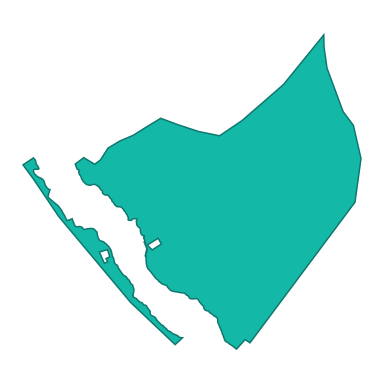 outline of Zemam Out, Al Bahr al Ahmar, Egypt
{"feature_id": "37247803B22410072002885", "entity_name": "Zemam Out", "entity_type": "district", "adm_level": 2, "iso_a3": "EGY", "parent_name": "Egypt", "parent_adm1": "Al Bahr al Ahmar", "projection": "orthographic", "projection_center": [31.757, 26.727], "detail": "fine", "context": "isolated", "style": "filled", "palette": "teal", "viewbox_px": 384, "rotation_deg": 0, "n_neighbors": 0, "source": "geoboundaries", "source_scale": "gbopen_adm2", "svg_char_len": 5907}
<svg xmlns="http://www.w3.org/2000/svg" viewBox="0 0 384 384"><path d="M147.1,266.9L147.9,268.6L151.2,272.4L154.6,276.9L156.1,278.7L158.0,280.1L159.2,281.7L159.3,281.6L161.7,283.7L162.5,284.0L163.8,284.6L166.2,285.3L166.8,285.7L167.5,287.0L167.7,287.3L169.1,288.9L169.3,289.0L170.7,290.5L174.0,291.5L177.3,292.0L180.1,292.6L182.2,292.9L184.1,293.0L185.1,293.6L185.4,293.9L185.7,294.1L186.5,295.0L186.8,295.3L188.3,296.0L189.3,297.7L190.0,298.5L192.1,299.0L192.9,298.9L193.2,298.8L193.6,298.8L194.1,298.7L195.7,298.7L196.4,298.6L197.0,298.7L198.2,299.5L199.1,301.3L200.2,302.8L202.4,305.3L203.3,306.0L203.6,306.4L203.6,306.6L203.8,307.3L203.8,307.6L204.0,308.4L204.5,309.5L205.5,310.3L207.4,310.9L208.4,311.0L208.8,311.1L209.1,311.4L209.3,311.9L209.3,312.3L209.5,312.4L210.0,312.8L210.5,313.2L212.8,314.6L213.9,315.9L215.0,316.4L215.4,316.5L215.9,316.9L217.3,318.2L217.6,319.3L217.9,322.8L219.0,324.8L219.6,326.7L220.3,328.3L220.5,328.6L220.9,329.8L221.2,330.4L221.8,331.7L222.4,334.1L223.1,335.0L223.2,336.1L223.4,336.4L224.5,339.5L224.7,340.3L225.9,341.6L226.7,342.1L227.9,342.6L229.7,344.2L232.2,345.7L234.5,347.5L235.3,348.2L236.5,349.1L245.1,339.6L250.0,342.8L355.0,202.2L361.0,158.5L353.4,125.4L343.1,111.6L327.0,68.1L324.0,46.7L323.8,34.9L283.4,84.6L242.0,120.6L219.5,135.8L198.2,131.4L177.6,124.6L160.7,118.3L145.1,127.8L133.2,135.3L119.8,141.0L108.0,148.1L100.4,160.0L94.7,164.2L84.1,157.9L83.8,157.6L75.2,164.1L75.7,165.4L75.8,165.5L76.5,167.6L77.3,169.3L77.5,169.5L78.0,169.3L78.6,169.7L78.9,170.3L79.0,170.9L78.8,171.2L78.7,171.9L79.1,173.6L79.3,174.2L80.3,175.6L80.7,176.1L80.9,176.7L81.1,177.0L81.2,177.5L81.3,177.6L81.8,179.3L82.5,179.9L83.0,181.2L85.7,183.9L87.1,184.6L88.8,185.2L90.7,185.2L91.6,184.9L92.1,184.6L93.1,184.4L94.0,184.4L96.0,184.8L97.3,185.7L98.0,186.4L98.8,186.5L99.4,186.9L99.3,187.6L101.0,189.8L101.3,190.1L102.0,190.3L102.3,190.5L102.4,191.5L102.4,192.0L102.5,192.8L102.9,193.5L104.2,194.6L104.8,194.7L105.5,195.0L106.3,195.1L107.1,195.0L108.1,195.2L108.6,195.7L109.4,197.1L110.5,198.6L111.6,199.3L112.0,201.2L112.4,201.7L112.9,201.9L114.1,203.6L114.9,205.0L115.9,205.8L116.3,206.4L117.6,206.7L120.2,206.9L121.1,207.1L121.5,207.4L122.6,208.4L123.0,208.8L123.4,209.3L123.9,210.5L124.4,211.1L124.9,211.3L126.5,214.1L127.0,214.4L127.7,216.6L128.1,217.0L128.4,217.9L128.4,218.1L128.1,219.0L128.1,219.7L128.2,220.0L129.6,220.4L131.3,220.3L131.7,220.0L132.9,218.9L133.3,218.7L136.7,218.7L137.1,219.8L136.8,220.4L136.3,221.0L136.7,224.7L138.2,226.8L140.1,228.1L140.7,233.0L141.2,234.0L142.3,235.4L144.1,235.8L144.4,236.7L143.9,236.8L144.0,237.5L143.7,237.9L143.7,238.2L144.0,238.8L144.4,239.8L144.6,240.0L144.8,240.4L145.0,240.8L144.6,241.5L144.6,241.8L144.3,242.0L145.1,242.3L145.0,242.6L144.7,242.6L144.9,242.8L145.7,243.3L145.7,243.7L145.3,243.8L144.9,244.1L146.0,246.5L146.3,247.6L147.0,248.5L146.4,249.9L147.0,250.3L147.2,250.9L146.5,251.3L146.4,252.8L145.9,252.6L145.9,253.4L145.5,254.5L145.8,255.1L146.0,255.4L146.0,255.7L145.3,255.8L145.5,256.7L146.1,257.2L146.1,257.6L146.1,258.7L146.0,260.4L146.2,261.2L146.2,262.2L146.2,262.7L147.1,266.9ZM161.4,244.0L152.2,249.9L147.3,245.1L158.1,238.3L161.4,244.0ZM182.5,337.8L180.0,337.5L179.6,337.3L179.0,337.0L178.2,336.1L177.2,335.5L175.0,334.5L172.5,333.6L170.9,332.0L167.6,330.5L166.6,329.0L166.1,328.5L165.2,327.8L164.8,327.6L164.2,327.2L163.6,326.0L162.1,325.2L161.1,324.5L160.0,323.4L158.8,322.2L158.3,321.9L157.9,321.3L157.3,320.7L156.5,319.6L156.1,318.7L155.4,317.7L154.0,316.6L153.5,316.4L151.8,315.7L150.9,315.0L150.5,314.5L150.2,313.0L150.2,311.5L149.9,310.9L149.2,310.0L146.7,306.6L146.4,305.8L145.9,305.3L145.2,305.1L144.9,305.1L144.3,305.2L143.7,304.9L143.4,304.5L142.3,302.9L141.7,302.5L141.1,302.5L140.4,302.3L139.2,301.6L139.2,301.4L138.3,300.7L138.1,300.4L137.4,299.9L136.8,299.2L136.7,298.9L136.2,298.4L134.1,297.6L133.3,297.3L133.1,297.0L133.2,296.7L133.5,296.1L132.7,295.4L133.2,294.3L133.5,292.9L133.7,292.3L133.7,291.9L133.8,291.6L133.9,290.1L134.0,289.6L133.1,286.6L132.8,286.0L132.7,285.1L131.9,284.4L131.4,284.1L130.8,283.3L130.0,282.7L130.0,282.3L130.1,281.9L129.7,281.3L129.5,280.7L128.3,279.3L127.9,279.3L127.6,279.0L127.2,278.6L126.8,277.4L125.8,276.4L124.7,275.9L123.7,275.3L123.5,275.1L123.0,274.4L122.4,273.9L121.3,272.4L120.8,271.5L120.2,270.9L119.5,269.5L119.0,269.0L118.6,268.3L118.2,267.9L118.1,267.1L117.4,265.3L116.6,264.9L116.0,264.6L115.2,263.8L115.1,263.5L114.6,263.0L114.2,261.2L113.7,258.5L113.3,257.9L112.3,255.7L112.0,254.4L111.9,253.7L111.9,253.2L110.9,250.0L109.4,247.6L108.7,246.5L106.9,244.7L106.4,244.3L105.9,243.7L105.4,243.4L104.4,242.6L104.1,242.2L103.3,241.7L102.1,241.2L101.5,241.1L100.9,241.1L100.2,240.7L98.9,239.4L98.8,239.0L98.3,238.3L98.1,237.9L98.0,237.0L97.3,234.8L97.2,234.1L97.1,232.7L96.9,231.9L95.7,230.9L95.3,230.3L94.8,229.9L94.5,229.5L93.3,228.7L92.3,228.6L91.6,228.5L91.4,228.4L90.6,228.4L89.4,228.6L87.8,228.6L86.0,229.1L85.6,229.4L84.9,229.6L84.6,229.6L84.0,229.3L83.5,229.0L82.7,228.1L82.2,227.4L81.6,227.1L80.7,226.7L78.9,226.5L77.2,226.9L75.8,226.5L75.0,225.9L74.6,225.2L74.2,223.9L72.5,219.9L72.2,218.8L67.0,220.7L64.4,215.3L61.7,210.8L61.8,210.6L58.3,205.9L52.9,201.5L48.0,197.2L48.6,193.8L50.0,189.6L48.6,189.2L47.1,187.9L45.1,184.9L44.9,183.8L44.6,183.1L44.2,181.7L44.0,181.2L43.6,180.6L43.0,179.7L42.5,179.2L42.2,179.0L41.6,178.7L41.3,178.4L38.6,177.2L37.9,176.9L37.6,176.5L37.2,176.4L36.5,175.7L36.1,175.4L35.0,174.3L34.5,173.6L33.8,172.6L33.6,172.0L33.5,171.4L33.5,170.9L33.7,170.0L34.0,169.5L34.3,169.3L34.8,169.2L35.6,169.2L36.7,169.3L37.1,169.4L38.0,169.2L38.4,169.2L38.8,169.0L38.9,168.7L38.4,167.1L38.0,166.6L37.8,166.2L37.2,165.4L36.4,164.1L36.2,163.6L35.9,162.5L35.8,161.4L35.4,160.3L34.8,159.4L34.3,158.9L33.8,158.7L33.4,157.9L23.0,164.9L33.4,179.0L58.7,216.5L130.7,302.5L175.1,344.6L182.5,337.8ZM107.7,261.7L104.4,263.3L99.4,252.1L107.5,249.6L109.8,256.8L106.0,258.6L107.7,261.7Z" fill="#14b8a6" stroke="#0f766e" stroke-width="1.5"/></svg>